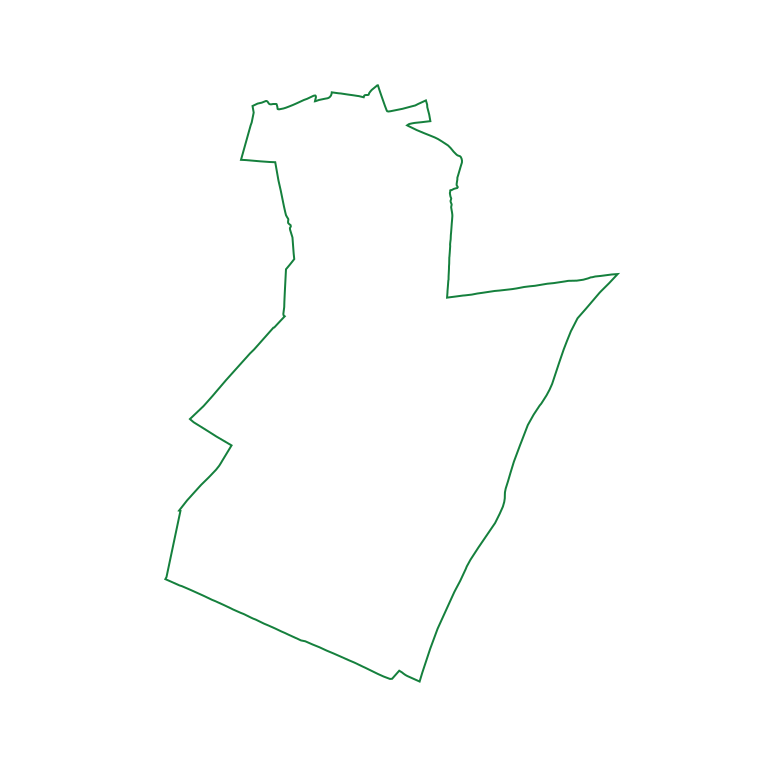 outline of Binh Tan, Vĩnh Long, Vietnam, rotated 260°
{"feature_id": "81297802B74288530741739", "entity_name": "Binh Tan", "entity_type": "district", "adm_level": 2, "iso_a3": "VNM", "parent_name": "Vietnam", "parent_adm1": "Vĩnh Long", "projection": "albers", "projection_center": [105.803, 10.129], "detail": "fine", "context": "isolated", "style": "outline", "palette": "green", "viewbox_px": 768, "rotation_deg": 260, "n_neighbors": 0, "source": "geoboundaries", "source_scale": "gbopen_adm2", "svg_char_len": 4438}
<svg xmlns="http://www.w3.org/2000/svg" viewBox="0 0 768 768"><g transform="rotate(260 384 384)"><path d="M656.0,474.5L653.8,466.1L652.9,463.2L652.6,459.4L651.8,450.1L651.6,441.8L651.5,437.5L651.6,435.6L652.1,434.5L653.2,434.1L657.9,433.2L668.2,431.5L675.3,430.4L679.2,429.9L679.3,429.3L675.7,422.9L674.1,421.0L673.1,420.0L671.6,419.1L671.4,418.3L671.7,416.5L671.8,415.5L671.4,414.6L669.9,413.8L671.9,409.2L672.4,407.6L673.6,404.1L675.4,398.5L677.6,392.0L678.2,389.7L680.3,383.2L679.2,382.9L677.3,381.9L676.0,380.4L675.4,379.1L675.2,377.9L675.2,375.5L675.0,369.3L674.4,365.6L674.4,365.1L676.3,365.9L678.3,366.8L679.4,366.8L680.0,366.5L680.1,366.2L680.1,364.7L678.2,357.8L677.6,354.4L675.5,346.4L674.6,342.7L673.7,338.4L673.1,335.2L672.8,332.9L672.7,328.6L672.9,327.7L673.1,327.3L673.4,327.0L673.8,327.0L675.4,327.1L677.4,326.9L678.2,326.8L678.5,326.4L678.6,325.9L679.0,323.5L679.0,321.5L679.2,320.6L679.5,319.9L679.9,319.5L680.4,319.2L682.0,318.5L682.6,318.1L683.1,317.4L683.2,316.8L682.3,312.5L682.1,308.2L680.6,302.8L673.9,302.8L664.5,299.1L661.9,297.6L629.6,282.1L628.5,286.9L624.7,301.1L622.5,309.9L621.3,315.4L602.7,315.4L592.4,315.9L576.6,316.3L570.1,316.6L567.3,316.8L565.2,317.5L563.3,318.3L562.3,318.3L561.3,317.9L559.9,317.6L559.2,317.6L558.2,318.2L557.3,319.0L556.6,319.6L555.4,319.6L554.8,319.2L553.9,318.4L552.2,318.3L544.2,319.3L528.2,317.7L522.6,317.3L517.8,311.9L514.0,307.4L491.4,302.2L482.0,300.1L477.1,299.1L470.4,297.0L468.8,297.1L467.9,298.0L464.5,293.4L458.7,285.7L458.7,284.9L440.6,262.1L437.4,257.4L423.7,239.9L422.6,238.5L415.4,229.3L405.1,216.8L402.1,213.2L393.7,202.6L383.2,186.8L382.4,187.4L379.3,190.0L368.9,201.6L361.5,209.7L350.0,223.2L336.3,211.2L335.1,210.2L332.2,207.6L328.8,203.8L322.4,195.1L316.3,186.2L311.4,179.9L303.6,169.9L294.9,160.2L294.4,161.5L231.7,136.3L229.8,134.8L221.1,147.7L220.1,149.7L216.3,155.5L214.3,158.5L208.3,167.3L206.8,169.5L201.3,177.2L199.8,179.6L194.7,187.1L190.3,193.3L189.3,194.7L188.3,196.0L183.6,203.0L181.9,205.8L177.0,212.5L175.6,214.5L174.3,216.7L170.3,222.2L168.7,224.4L166.8,227.4L162.1,234.4L158.1,240.0L156.0,243.2L154.0,246.0L149.1,253.1L148.9,253.5L145.9,257.7L144.3,261.8L139.9,268.4L135.9,274.8L131.5,281.1L127.4,287.5L123.2,293.8L118.2,301.2L114.7,306.6L109.1,314.4L108.0,316.0L99.4,327.8L96.0,332.8L92.5,338.7L92.3,340.8L95.8,345.2L99.0,349.2L96.9,351.6L95.4,352.9L93.7,354.6L92.4,356.2L84.8,367.4L93.1,371.6L115.2,383.5L133.7,394.3L166.9,417.1L169.5,419.1L176.8,424.8L187.8,432.5L189.9,433.8L196.0,438.7L206.5,448.5L226.2,467.7L227.7,469.2L236.1,475.4L242.6,479.8L245.5,481.2L246.9,481.9L250.5,483.1L254.5,483.9L256.3,484.3L259.9,485.7L266.6,489.2L274.7,493.2L284.9,498.4L300.2,507.4L303.3,509.3L318.6,518.5L327.9,526.1L335.8,533.6L337.3,535.4L344.6,542.1L349.7,546.1L354.9,549.6L374.2,560.0L386.7,566.9L394.5,571.6L402.2,576.4L403.5,577.2L406.1,579.2L415.1,586.0L423.6,596.6L436.4,612.1L437.8,614.0L444.2,623.2L451.7,633.2L452.3,627.3L452.8,616.2L453.2,610.6L453.0,607.8L453.1,606.0L452.6,603.5L452.1,598.4L452.3,591.8L453.6,583.3L453.6,580.1L453.9,568.6L454.4,562.2L454.5,549.7L454.9,544.5L455.2,538.9L455.1,531.3L455.2,526.6L456.0,513.7L456.4,509.2L456.7,497.2L456.9,491.6L456.8,486.0L457.2,479.2L457.4,477.2L457.7,469.9L458.0,463.7L458.1,461.1L463.2,462.4L464.2,462.6L468.4,463.7L474.7,465.3L475.6,465.7L478.8,466.3L486.2,468.0L488.4,468.4L491.2,469.1L497.3,470.3L498.2,470.6L502.5,471.7L508.2,473.1L509.9,473.3L512.1,473.9L515.0,474.8L519.1,475.7L521.6,476.4L525.5,477.4L530.3,478.6L532.9,479.3L535.6,480.0L537.6,480.5L539.1,480.7L541.4,480.8L543.2,480.8L545.1,480.8L546.2,480.8L547.0,481.0L547.7,481.3L548.7,481.7L549.3,481.8L550.2,481.6L551.7,481.3L552.3,481.3L552.7,481.3L553.2,481.6L554.5,482.2L554.9,482.4L555.3,482.4L556.1,482.2L557.3,482.0L558.4,482.0L559.1,482.0L559.8,482.0L560.3,482.0L560.8,482.1L561.3,482.3L562.2,482.7L563.0,482.8L563.3,483.0L563.3,484.5L564.0,486.6L564.2,488.2L564.3,490.1L564.8,490.7L565.3,490.8L567.1,490.1L568.1,490.2L570.3,490.9L572.5,491.7L574.5,492.1L576.6,493.2L585.1,497.4L588.6,499.2L590.5,499.6L592.5,499.5L594.3,499.0L595.1,498.4L595.6,497.5L596.4,496.1L597.5,495.1L600.7,492.9L604.8,490.6L607.8,488.5L613.4,482.5L615.8,479.8L618.0,476.8L620.7,472.5L624.1,467.0L628.4,460.3L630.3,457.7L634.0,452.6L634.7,451.7L635.5,453.4L635.7,454.6L635.8,457.2L635.8,459.6L635.3,466.5L635.1,470.2L634.8,475.3L637.3,475.3L641.4,475.3L649.1,474.7L651.7,475.0L656.0,474.5Z" fill="none" stroke="#15803d" stroke-width="2"/></g></svg>